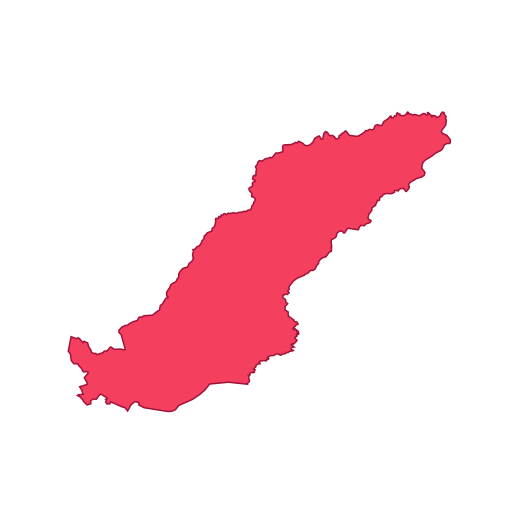 Igembe South, Eastern, Kenya (Natural Earth projection), rotated 286°
{"feature_id": "3690345B60078326777064", "entity_name": "Igembe South", "entity_type": "district", "adm_level": 2, "iso_a3": "KEN", "parent_name": "Kenya", "parent_adm1": "Eastern", "projection": "natural_earth1", "projection_center": [38.161, 0.099], "detail": "fine", "context": "isolated", "style": "filled", "palette": "rose", "viewbox_px": 512, "rotation_deg": 286, "n_neighbors": 0, "source": "geoboundaries", "source_scale": "gbopen_adm2", "svg_char_len": 6127}
<svg xmlns="http://www.w3.org/2000/svg" viewBox="0 0 512 512"><g transform="rotate(286 256 256)"><path d="M66.2,134.7L68.5,138.0L70.7,136.9L72.7,138.0L73.7,139.1L74.2,141.9L80.2,144.2L80.1,146.5L78.3,152.3L76.6,151.1L76.5,151.9L74.1,151.8L72.7,153.5L73.6,156.3L75.8,156.4L74.1,168.3L74.0,172.2L71.6,175.3L78.7,176.9L82.2,179.4L82.9,180.9L82.6,184.0L80.5,184.4L79.3,190.2L82.3,214.4L83.5,217.8L86.0,220.9L91.1,223.0L100.6,234.4L107.1,239.9L113.1,243.8L120.2,246.8L127.1,264.4L130.4,283.2L131.0,282.8L133.5,284.2L134.7,284.0L136.2,282.8L138.5,282.3L139.2,281.5L139.9,282.9L140.6,282.4L142.1,283.0L143.4,284.9L143.0,285.4L143.8,286.5L144.3,286.2L146.3,286.5L146.8,284.7L149.4,286.4L151.0,286.2L152.9,288.0L153.6,289.7L154.1,289.5L154.1,288.7L154.7,288.2L156.7,289.4L156.6,290.3L157.8,292.5L157.7,294.1L158.1,294.8L160.3,295.1L159.8,296.0L160.2,296.5L160.9,296.5L162.0,295.0L164.2,297.5L165.3,300.7L167.4,302.3L168.1,305.2L167.4,305.6L167.5,307.4L168.4,307.6L170.4,311.3L171.6,311.6L172.0,313.4L173.8,314.7L174.8,317.3L175.5,318.0L175.8,317.4L175.2,315.9L177.0,315.2L178.3,316.2L179.0,317.6L179.3,316.2L180.1,315.9L180.0,314.5L180.8,314.4L182.1,315.8L181.8,316.5L185.5,318.6L186.5,318.4L187.3,316.8L188.5,315.7L190.0,317.4L191.1,317.3L191.5,316.5L192.1,316.7L192.4,318.2L193.2,318.6L193.7,318.2L193.8,316.5L194.3,316.5L195.0,317.5L195.4,317.0L195.5,315.7L196.2,315.3L195.6,313.3L197.1,313.4L197.2,312.5L196.4,312.3L196.2,311.6L198.0,312.0L199.8,313.4L201.0,313.4L201.5,314.8L202.1,315.3L203.8,313.6L203.7,310.9L204.8,310.1L207.3,303.6L211.1,302.3L212.1,298.8L215.6,297.9L218.9,299.6L220.0,297.3L222.2,296.4L223.2,293.7L225.3,292.6L226.1,292.9L226.3,293.9L227.6,295.0L227.5,296.5L229.2,297.7L229.9,297.9L231.4,296.1L233.1,297.1L235.4,296.1L242.2,298.8L245.8,301.5L251.0,307.9L251.7,308.1L254.2,310.9L257.0,312.2L257.9,314.8L258.9,315.8L259.8,316.4L263.8,317.0L266.0,318.3L267.3,317.8L269.8,318.4L272.7,320.5L274.6,323.5L280.1,325.4L281.2,327.1L283.4,326.8L284.3,326.0L285.6,326.3L290.6,324.2L292.3,324.0L295.7,327.4L297.9,327.8L299.8,327.4L301.1,328.0L303.4,330.1L303.5,332.1L302.3,333.9L302.7,334.9L307.6,336.3L308.1,337.1L309.3,346.7L309.7,347.3L311.6,347.2L314.4,348.3L314.9,351.7L317.5,353.2L319.4,356.3L321.1,356.9L321.8,356.7L322.2,354.5L323.2,353.2L327.1,352.9L331.6,354.7L334.2,354.1L337.7,357.0L338.6,356.7L340.0,357.3L342.9,357.3L343.1,358.8L343.7,359.3L346.8,359.0L347.9,360.7L349.4,360.9L351.7,363.2L353.1,368.7L354.2,370.3L355.5,371.5L356.8,371.1L357.4,371.7L357.8,374.8L359.4,375.3L360.9,376.6L361.4,379.7L359.4,382.0L359.5,382.8L363.5,384.5L365.0,384.2L365.3,383.5L366.2,383.1L368.7,383.5L374.7,389.0L377.6,393.5L379.8,395.4L382.4,395.5L383.4,394.8L385.4,392.0L387.1,390.8L391.9,390.7L394.8,392.2L400.3,397.3L404.5,400.3L408.2,404.4L410.1,405.6L414.9,406.5L416.7,408.5L417.6,411.2L418.6,411.5L421.3,410.7L424.6,406.3L425.3,401.5L426.3,400.0L428.5,400.1L434.2,402.3L439.2,401.5L440.3,400.3L442.5,400.3L444.6,397.4L445.6,397.3L445.8,395.7L444.0,394.6L441.8,394.5L438.9,391.9L440.0,390.1L440.1,388.2L439.7,387.1L438.3,386.7L439.4,385.8L441.3,382.0L441.1,381.3L439.4,382.1L438.7,381.6L438.5,380.5L439.3,379.5L439.2,378.0L437.8,376.1L435.8,374.6L435.9,369.7L434.9,368.3L435.1,364.8L434.6,363.0L436.0,363.0L436.1,362.0L432.6,360.7L431.6,359.2L430.9,356.3L431.1,355.5L432.1,355.3L432.0,353.8L432.7,352.5L431.7,351.9L429.6,352.2L428.9,350.6L426.5,349.8L426.2,347.7L427.6,347.4L427.5,346.6L424.5,345.2L420.2,341.7L416.5,341.1L415.6,339.4L415.8,336.7L414.7,335.0L413.1,334.3L410.4,334.2L409.8,333.6L409.1,332.2L409.1,330.3L407.0,328.3L406.8,326.8L404.6,325.9L399.8,321.6L398.7,319.5L397.8,312.9L398.0,311.8L400.5,308.8L400.9,308.0L400.6,307.2L398.9,306.3L396.9,304.3L395.5,304.2L394.7,302.8L392.0,303.0L390.8,301.3L390.7,300.2L392.3,298.5L393.0,296.1L392.0,293.8L392.2,293.1L394.5,290.6L394.7,288.4L392.4,287.5L387.0,287.8L386.4,286.2L388.8,283.9L387.9,282.3L385.2,280.0L381.0,279.3L377.8,277.3L376.7,275.9L375.8,273.7L375.9,272.6L377.4,269.4L378.0,265.2L376.4,264.6L376.0,263.9L376.2,262.9L372.9,259.3L370.5,252.3L369.8,251.6L368.6,251.5L366.0,252.1L364.7,253.0L363.3,252.7L361.1,248.8L360.5,246.7L355.2,244.5L354.7,243.7L354.8,242.5L353.1,240.6L352.6,239.0L351.7,237.8L349.0,235.9L348.5,232.8L346.5,231.9L343.9,231.9L341.9,230.8L339.5,232.6L336.7,232.8L333.4,233.7L332.9,233.3L333.2,232.3L331.8,231.2L329.1,231.5L328.7,232.3L328.6,234.1L327.6,234.5L325.9,232.6L324.2,232.5L322.8,233.4L322.2,233.3L319.4,230.7L318.4,230.7L316.6,232.2L314.8,235.1L312.2,235.2L311.7,235.7L311.9,237.4L310.9,239.6L308.3,239.7L307.0,239.0L304.4,239.2L303.3,238.3L300.2,238.4L298.8,237.6L297.5,235.2L295.9,234.4L295.9,232.4L294.7,231.1L293.1,227.3L291.6,225.4L291.3,222.1L289.4,218.7L289.7,217.9L289.1,217.1L287.9,216.6L287.6,215.6L288.2,214.6L287.7,213.4L286.2,212.8L285.8,211.2L284.0,211.4L283.8,209.4L281.8,209.4L281.2,207.2L280.4,206.8L279.0,207.6L275.6,208.0L272.9,208.0L270.5,206.3L267.8,206.7L265.0,202.9L261.6,201.5L261.4,200.8L257.9,201.2L255.8,199.9L254.0,199.9L249.9,198.7L249.0,196.9L245.5,195.3L244.8,193.6L243.2,194.6L239.8,194.6L238.3,195.6L237.4,195.6L236.8,196.6L232.9,195.7L230.7,193.8L226.6,193.3L224.0,189.2L220.7,187.5L217.4,186.6L214.7,187.6L212.0,186.5L210.2,186.4L208.6,185.6L207.5,184.1L204.8,182.0L201.7,181.7L196.8,180.1L193.0,181.1L192.6,182.6L191.8,183.0L190.5,181.0L183.8,179.1L182.1,177.7L177.3,178.1L175.7,176.4L174.3,175.6L174.1,175.0L172.5,174.3L170.5,172.6L167.7,164.7L166.0,163.3L165.0,160.5L161.1,159.5L159.2,156.3L156.3,153.1L154.2,151.7L153.3,149.7L150.8,146.7L146.7,144.7L144.7,145.4L143.1,148.2L130.2,156.1L129.5,155.6L129.2,151.1L127.4,146.2L127.4,144.6L128.5,141.9L128.4,141.1L123.8,139.1L122.9,136.7L122.2,136.0L121.1,135.8L117.3,130.2L118.2,129.0L117.5,126.1L118.3,124.3L120.2,123.1L122.9,120.0L126.1,118.1L126.6,114.1L125.0,113.5L127.8,109.3L128.4,107.4L127.0,106.2L127.5,100.5L112.7,101.8L110.5,104.7L104.5,107.3L102.2,110.6L103.3,114.2L101.5,116.1L100.3,118.6L96.9,122.0L98.2,124.9L98.3,125.8L97.5,127.0L91.6,124.5L87.8,128.5L85.9,129.0L81.7,122.5L79.2,125.3L75.4,127.9L73.6,123.4L72.6,122.8L72.4,125.0L70.6,128.3L68.4,130.7L66.2,134.7Z" fill="#f43f5e" stroke="#9f1239" stroke-width="1.5"/></g></svg>